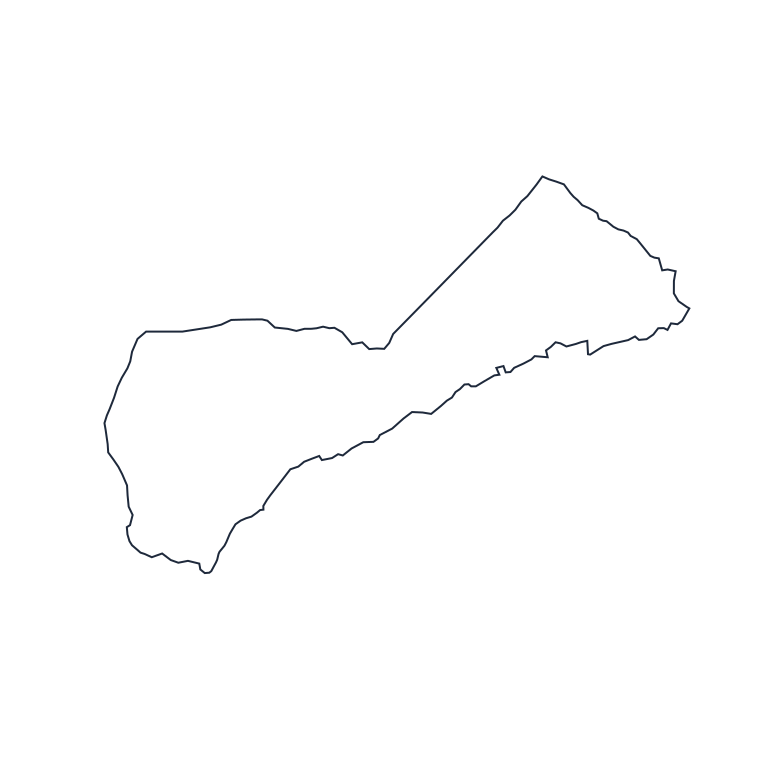 the district of Neo Chorio Pafou, Paphos, Cyprus, rotated 116°
{"feature_id": "46923920B91112583307672", "entity_name": "Neo Chorio Pafou", "entity_type": "district", "adm_level": 2, "iso_a3": "CYP", "parent_name": "Cyprus", "parent_adm1": "Paphos", "projection": "robinson", "projection_center": [32.33, 35.056], "detail": "fine", "context": "isolated", "style": "outline", "palette": "slate", "viewbox_px": 768, "rotation_deg": 116, "n_neighbors": 0, "source": "geoboundaries", "source_scale": "gbopen_adm2", "svg_char_len": 2458}
<svg xmlns="http://www.w3.org/2000/svg" viewBox="0 0 768 768"><g transform="rotate(116 384 384)"><path d="M630.2,458.3L627.9,457.2L622.6,457.0L618.1,456.8L615.1,456.9L609.3,458.2L606.9,458.3L599.3,456.5L595.2,456.4L586.1,456.9L580.8,456.5L575.2,456.0L569.7,453.0L565.2,449.2L561.3,445.0L555.4,441.8L551.6,440.1L549.8,437.3L546.5,439.0L539.4,438.4L533.7,437.4L515.9,433.7L501.7,430.8L495.8,424.8L488.9,421.7L482.8,416.1L477.1,410.7L479.6,406.5L473.3,398.2L467.2,394.5L466.3,389.7L456.2,384.9L445.4,377.1L440.6,368.1L435.5,365.4L431.7,365.4L420.5,357.1L406.4,351.3L396.9,346.5L392.7,336.8L390.2,328.5L379.0,323.3L371.4,320.2L366.4,317.0L359.9,316.2L355.2,313.5L349.2,311.5L347.1,307.9L347.9,304.6L345.8,300.4L337.6,295.1L327.9,288.6L325.1,284.4L320.3,290.1L315.5,284.5L320.2,279.7L317.8,275.6L312.4,274.1L304.5,267.6L297.3,262.3L292.9,260.8L288.2,248.6L282.8,253.1L277.5,250.3L271.3,248.1L270.1,243.2L270.3,236.5L263.9,229.1L259.9,225.1L256.1,220.2L267.8,213.7L267.2,211.6L253.7,203.3L248.2,197.1L237.5,183.8L231.2,179.2L232.6,174.2L228.6,167.6L221.5,163.6L213.7,162.0L211.1,157.0L211.1,152.9L203.7,152.6L201.6,146.4L196.4,143.7L182.2,142.7L182.0,145.8L180.5,155.6L175.5,163.2L164.3,168.6L154.8,171.3L156.7,179.2L159.9,183.8L150.6,192.1L151.9,196.4L152.1,200.8L145.1,215.7L143.0,220.3L142.8,227.2L140.9,231.1L141.1,236.0L142.3,241.2L142.1,246.8L140.1,255.3L141.2,258.7L141.3,263.4L137.1,267.1L136.3,271.9L136.1,277.5L136.4,284.2L133.9,290.5L132.6,295.6L130.7,300.2L128.1,305.2L125.7,309.8L126.6,318.0L127.7,325.4L128.0,332.6L128.4,332.7L137.7,334.3L152.3,337.5L159.8,340.6L169.8,342.3L177.5,345.0L185.1,348.7L193.7,350.5L200.2,352.8L291.0,383.0L335.0,397.7L344.8,397.3L352.3,399.2L355.2,406.0L359.1,412.6L356.1,421.8L362.2,430.1L355.8,444.2L355.2,453.2L357.8,457.6L359.2,463.9L363.5,469.1L366.1,473.3L369.2,479.6L374.7,486.0L376.6,494.6L381.1,506.9L378.2,516.5L379.4,522.0L382.6,528.4L387.6,538.3L393.4,549.4L402.0,556.3L409.2,565.0L425.3,588.2L437.3,612.8L441.2,620.8L451.5,625.3L465.4,624.6L474.9,622.0L482.4,621.5L493.3,622.4L503.0,622.3L514.7,620.6L526.8,619.6L533.7,619.3L541.7,618.1L547.4,614.0L559.2,606.0L566.4,601.9L570.4,594.3L574.9,586.4L579.8,579.8L587.8,570.5L596.4,565.7L606.2,559.7L611.9,552.5L622.2,550.4L625.4,552.4L631.7,548.6L636.8,543.9L639.4,539.8L642.3,528.9L641.7,524.7L641.5,516.8L633.6,509.1L635.7,498.5L634.8,490.5L628.9,482.7L626.4,471.3L631.2,467.8L632.5,462.2L630.2,458.3Z" fill="none" stroke="#1e293b" stroke-width="2"/></g></svg>